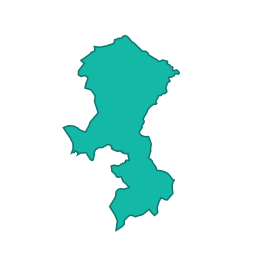 Kafur, Katsina, Nigeria (orthographic projection), rotated 320°
{"feature_id": "59680162B10083289652159", "entity_name": "Kafur", "entity_type": "district", "adm_level": 2, "iso_a3": "NGA", "parent_name": "Nigeria", "parent_adm1": "Katsina", "projection": "orthographic", "projection_center": [7.693, 11.624], "detail": "fine", "context": "isolated", "style": "filled", "palette": "teal", "viewbox_px": 256, "rotation_deg": 320, "n_neighbors": 0, "source": "geoboundaries", "source_scale": "gbopen_adm2", "svg_char_len": 4508}
<svg xmlns="http://www.w3.org/2000/svg" viewBox="0 0 256 256"><g transform="rotate(320 128 128)"><path d="M129.9,197.6L129.1,196.7L129.1,196.3L129.4,189.5L129.2,188.8L128.8,187.1L127.8,185.1L127.1,183.8L126.7,183.3L125.5,181.6L122.8,178.9L124.3,175.7L124.5,170.5L125.4,169.0L125.2,167.7L125.3,166.9L125.1,166.4L124.8,165.5L124.4,164.3L130.8,160.1L131.7,158.6L135.5,155.2L137.5,150.0L137.6,149.8L138.1,148.0L137.5,147.0L136.2,146.5L135.5,145.5L134.8,144.6L134.0,143.3L133.4,141.9L133.3,140.0L133.3,139.5L134.0,138.6L135.3,137.8L136.9,137.5L138.0,137.0L139.2,136.9L139.3,135.6L141.5,134.9L144.4,133.7L145.5,130.8L147.6,129.8L152.1,128.3L155.2,126.5L159.6,126.0L161.1,126.2L162.2,126.1L163.3,126.6L163.9,127.0L164.5,127.6L165.7,127.7L165.8,127.2L165.8,126.5L166.1,125.8L167.3,125.1L168.7,124.4L169.7,124.4L170.7,123.7L171.6,123.2L172.0,123.1L172.8,123.3L174.0,124.2L176.8,123.9L177.6,124.4L177.9,125.0L178.2,125.2L178.3,125.3L179.5,125.3L180.9,125.2L181.4,124.9L181.7,124.0L182.2,123.2L182.4,122.5L182.7,121.7L183.8,120.8L185.1,120.4L185.4,120.1L185.9,119.4L186.6,119.0L187.3,118.9L188.3,118.9L189.2,119.1L190.2,119.2L190.5,118.8L190.1,118.3L190.2,117.8L190.6,117.3L190.9,116.8L191.2,116.2L191.6,115.8L191.9,115.4L192.2,115.6L192.5,115.7L192.9,116.0L193.5,116.5L194.8,117.2L195.8,117.5L197.0,117.4L198.4,116.9L199.3,117.0L199.9,117.5L200.7,118.4L201.1,119.2L202.6,118.9L203.0,117.6L202.5,114.6L199.7,113.5L199.3,112.4L201.1,110.5L201.4,109.9L201.0,109.5L200.2,108.3L200.5,106.8L199.9,105.4L199.2,104.0L199.5,103.5L200.2,103.4L200.8,102.8L201.0,101.9L200.4,101.3L199.9,100.7L199.5,99.9L198.1,98.1L197.4,97.9L196.0,97.7L195.3,97.4L194.4,96.7L194.2,96.3L194.0,94.2L193.5,93.1L191.9,88.6L191.3,86.8L190.7,85.1L191.2,84.3L191.4,82.7L190.7,80.4L188.3,78.4L188.2,76.2L187.8,72.9L187.2,66.5L186.3,64.0L186.5,60.7L186.4,58.5L185.6,55.9L183.4,54.6L181.9,54.8L181.0,55.0L180.5,54.9L178.9,53.6L178.5,53.3L178.0,53.0L176.9,52.8L176.1,52.8L175.3,52.4L174.7,51.8L174.3,52.1L173.3,52.8L172.2,53.6L170.9,54.2L170.3,53.6L169.1,53.2L163.8,51.1L162.9,50.5L158.1,47.9L154.6,43.9L152.6,47.3L151.8,47.5L149.6,46.9L148.4,46.4L146.8,47.0L144.6,46.8L139.2,46.4L135.5,45.9L135.4,46.2L135.3,46.5L136.1,50.4L126.9,52.4L124.1,55.3L124.5,56.5L125.2,58.4L126.7,59.1L128.9,60.1L129.6,63.8L127.2,65.5L124.8,66.6L120.8,69.7L121.5,70.9L123.7,74.2L124.2,76.2L123.5,82.5L119.4,86.1L115.0,97.2L107.0,98.5L104.3,98.9L102.2,99.5L99.7,101.1L96.1,102.5L92.7,103.8L91.3,101.4L89.7,98.0L89.4,95.6L87.6,91.6L83.6,87.8L78.7,86.2L78.2,90.5L77.3,98.8L76.5,101.6L76.5,102.2L76.4,103.8L72.6,108.6L68.7,110.9L69.4,111.0L70.0,111.4L70.7,111.9L71.2,112.2L72.6,111.5L73.6,112.9L73.5,113.1L73.5,113.3L73.5,113.7L73.4,113.7L73.4,113.9L73.6,114.1L74.1,114.6L73.6,115.1L73.3,115.4L72.1,116.1L74.9,116.5L75.5,116.7L76.5,117.4L77.4,118.1L79.8,119.7L80.0,120.7L79.4,123.8L79.3,124.7L79.2,125.9L79.2,126.3L79.1,127.1L79.0,127.3L78.8,127.7L79.6,129.8L81.1,130.0L81.9,129.2L83.6,127.8L84.9,126.9L85.9,126.0L86.4,125.1L87.1,124.6L89.4,123.7L91.0,124.0L92.6,124.1L93.7,124.8L95.1,126.0L96.4,126.7L97.9,126.9L99.8,127.2L101.1,127.2L101.9,128.0L103.3,129.0L103.4,130.0L103.3,131.2L103.1,131.6L103.1,132.4L103.3,133.0L103.1,133.1L102.5,133.1L102.2,133.3L102.5,134.2L102.7,135.0L103.1,136.2L103.5,136.6L103.9,137.1L104.2,137.8L104.5,138.2L104.6,138.8L105.4,139.1L105.9,139.7L106.4,140.1L107.0,140.3L107.4,140.5L107.6,141.1L107.9,141.2L107.6,141.9L107.7,142.7L108.3,143.4L108.6,143.6L108.2,144.5L110.8,147.2L111.6,147.7L110.1,149.7L109.9,150.1L109.6,150.8L109.2,151.5L108.7,152.5L108.3,153.6L108.0,153.8L107.1,152.8L106.2,151.8L105.7,151.4L104.7,151.9L104.4,152.0L104.0,151.9L103.9,152.2L103.9,152.7L102.9,152.7L101.9,152.4L101.3,151.6L100.4,151.7L99.5,151.2L98.5,151.3L97.5,151.4L96.8,151.1L95.7,150.5L95.5,149.9L94.4,149.3L93.9,148.1L93.5,147.5L91.7,146.7L90.8,146.3L87.8,150.9L88.5,155.9L87.8,157.8L89.1,159.8L90.5,160.4L91.3,160.8L91.4,161.0L91.4,161.4L89.9,165.8L90.6,169.8L90.7,174.2L90.1,174.1L85.7,172.4L84.9,171.5L83.3,169.7L81.9,169.1L80.5,168.7L77.7,169.3L74.8,172.3L71.9,173.5L63.4,176.4L62.2,185.8L60.2,192.3L53.0,198.7L54.4,199.0L60.0,199.7L63.3,199.3L63.9,198.5L65.8,196.5L67.5,196.2L69.6,196.0L72.4,195.9L74.2,196.7L74.9,197.5L75.6,198.8L76.6,200.7L79.3,201.8L83.5,203.7L86.1,203.8L91.8,203.8L91.7,208.3L92.1,212.1L95.8,212.1L97.2,210.9L98.0,209.3L99.5,207.6L101.2,206.2L105.0,204.1L107.8,203.0L108.4,202.6L110.9,207.6L112.0,208.3L120.2,207.0L124.5,200.8L127.4,198.6L127.6,198.5L127.8,198.4L129.9,197.6Z" fill="#14b8a6" stroke="#0f766e" stroke-width="1.5"/></g></svg>